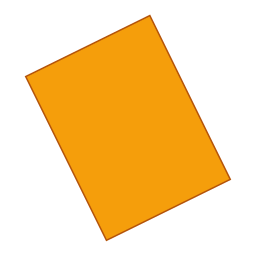 the district of Wapello, Iowa, United States of America, rotated 244°
{"feature_id": "52423323B35986324347111", "entity_name": "Wapello", "entity_type": "district", "adm_level": 2, "iso_a3": "USA", "parent_name": "United States of America", "parent_adm1": "Iowa", "projection": "mercator", "projection_center": [-92.439, 41.031], "detail": "fine", "context": "isolated", "style": "filled", "palette": "amber", "viewbox_px": 256, "rotation_deg": 244, "n_neighbors": 0, "source": "geoboundaries", "source_scale": "gbopen_adm2", "svg_char_len": 258}
<svg xmlns="http://www.w3.org/2000/svg" viewBox="0 0 256 256"><g transform="rotate(244 128 128)"><path d="M36.5,59.4L37.0,197.4L82.4,197.2L219.5,196.9L219.1,58.6L173.1,58.8L127.8,59.0L36.5,59.4Z" fill="#f59e0b" stroke="#b45309" stroke-width="1.5"/></g></svg>